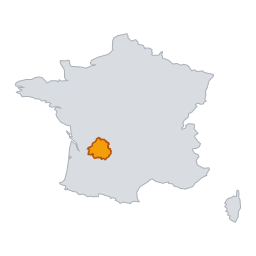 Dordogne on a map of France (Robinson projection)
{"feature_id": "FRA-5286", "entity_name": "Dordogne", "entity_type": "Metropolitan department", "adm_level": 1, "iso_a3": "FRA", "parent_name": "France", "parent_adm1": "", "projection": "robinson", "projection_center": [0.813, 45.142], "detail": "fine", "context": "in_parent", "style": "filled", "palette": "amber", "viewbox_px": 256, "rotation_deg": 0, "n_neighbors": 0, "source": "natural_earth", "source_scale": "10m", "svg_char_len": 6286}
<svg xmlns="http://www.w3.org/2000/svg" viewBox="0 0 256 256"><path d="M206.2,101.1L204.4,102.0L203.3,103.8L202.1,104.2L200.0,104.2L198.9,103.1L196.3,103.8L195.3,105.0L196.9,106.4L191.9,112.1L188.7,113.6L188.1,117.4L184.3,120.2L182.9,123.1L182.8,123.7L183.8,124.7L183.4,126.6L181.5,127.8L181.6,129.1L182.1,129.2L185.1,128.3L186.2,127.1L185.6,125.6L188.5,123.7L194.0,124.1L194.7,126.7L194.0,128.8L198.1,133.4L194.8,135.6L194.6,137.0L198.2,141.7L200.5,143.6L199.4,146.7L195.8,148.7L193.4,148.6L192.4,149.1L192.5,150.0L194.2,152.9L198.3,154.8L199.0,156.9L197.9,157.7L196.1,161.0L197.0,162.6L196.7,163.3L197.1,164.4L198.2,165.5L203.8,168.3L208.8,167.8L209.5,169.4L206.6,173.6L206.8,175.6L205.2,175.6L205.0,176.3L201.9,177.7L197.0,182.0L194.7,183.3L193.8,185.5L192.5,186.7L185.3,189.2L184.0,188.6L180.5,188.7L178.2,187.1L174.0,186.1L172.6,183.9L168.7,183.4L168.4,181.9L162.9,183.3L155.2,181.2L152.4,179.0L150.2,179.6L148.2,181.6L139.9,186.8L136.7,192.3L137.4,198.7L139.3,201.8L134.2,201.3L131.2,202.2L130.4,203.6L123.2,202.0L120.5,203.3L119.8,203.2L118.9,201.9L115.3,200.4L115.9,199.3L115.4,198.4L112.0,197.6L110.9,198.6L109.6,196.7L100.3,193.8L98.8,193.8L98.2,196.7L92.2,196.7L91.3,196.1L87.5,196.7L83.4,194.1L78.8,194.6L76.0,191.8L73.3,191.6L69.5,190.2L67.7,189.5L67.5,188.6L66.4,189.9L64.9,189.6L64.6,189.2L65.6,187.7L65.8,185.9L61.0,184.6L59.7,183.3L59.7,182.6L62.3,182.0L64.7,179.6L67.0,170.6L68.6,160.0L69.8,158.0L71.3,157.5L70.1,156.0L68.7,157.9L69.6,148.2L71.4,141.1L75.4,144.0L76.3,145.3L77.5,149.6L79.7,151.4L78.2,149.6L76.8,143.9L75.9,142.3L69.6,137.5L69.4,136.4L72.2,137.0L71.1,133.4L70.5,126.0L66.7,125.2L60.6,122.0L56.5,116.3L56.0,114.2L57.1,111.9L56.2,110.5L54.4,109.5L55.8,107.5L57.1,107.3L61.5,108.4L57.9,106.6L52.0,107.2L49.7,106.6L49.3,105.2L50.9,103.5L49.0,102.4L45.7,102.7L45.3,102.2L46.3,101.0L45.4,100.5L42.7,101.0L41.2,100.6L39.7,99.2L35.3,98.8L34.4,98.0L28.3,96.4L22.0,96.7L20.3,93.9L16.4,92.5L17.2,91.6L21.1,90.8L21.9,90.0L19.1,88.8L18.1,87.6L23.3,87.4L21.0,86.1L16.0,86.2L15.4,84.5L16.1,82.8L19.0,81.2L26.3,79.5L31.6,79.5L35.4,77.5L39.1,77.0L42.5,77.9L47.2,82.9L51.0,80.7L56.7,80.8L57.8,82.0L59.3,79.7L60.6,81.0L67.5,80.6L65.9,79.7L64.6,77.6L64.4,70.0L61.0,64.4L60.1,62.3L60.4,60.6L64.5,60.9L67.9,60.2L69.5,60.7L69.8,64.3L71.3,66.4L80.7,67.0L86.1,68.1L90.7,66.1L95.0,65.2L95.4,64.7L92.9,64.9L90.6,64.0L90.3,63.1L91.5,60.3L98.1,57.2L107.7,54.5L110.1,52.8L112.9,49.7L112.3,48.9L112.7,40.5L114.1,37.7L117.7,35.7L126.9,33.7L128.1,36.4L128.0,37.9L130.5,40.3L131.8,41.0L135.8,39.7L137.8,41.9L138.4,44.4L143.3,45.4L144.8,48.7L145.6,48.0L148.7,48.1L150.1,48.4L152.1,49.8L151.6,51.8L152.5,52.7L151.7,54.5L152.3,55.3L157.9,55.3L159.6,54.5L160.3,52.7L162.0,51.6L162.6,51.9L161.6,55.3L162.4,56.2L162.9,58.6L165.0,58.8L169.2,60.7L172.8,64.0L177.1,63.5L180.5,65.2L184.0,64.3L187.3,65.3L188.5,66.2L191.7,70.8L194.1,69.9L195.8,70.4L196.4,71.7L202.7,70.9L203.9,72.2L205.2,72.7L213.3,74.4L213.4,76.1L209.0,80.9L207.2,87.8L205.9,90.2L205.4,92.0L205.9,93.2L205.7,95.1L204.9,99.6L205.5,100.9L206.2,101.1ZM239.0,194.4L238.7,197.3L239.9,199.4L240.6,207.7L238.4,211.7L238.2,216.6L235.4,222.3L230.6,219.8L229.2,218.3L230.3,216.1L227.6,214.9L228.2,212.8L227.8,211.7L225.9,211.6L225.8,211.1L227.2,209.4L227.1,208.4L225.2,207.1L224.9,206.0L226.6,204.7L225.7,203.5L224.7,203.2L227.0,199.5L228.5,198.3L232.2,197.3L233.6,195.9L236.0,196.6L236.4,196.3L237.0,190.3L237.8,190.2L238.6,191.0L239.0,194.4ZM70.0,133.9L69.4,135.5L67.0,132.6L66.7,131.0L70.0,133.9Z" fill="#d9dde1" stroke="#a8b0b8" stroke-width="1"/><path d="M88.1,154.1L88.8,153.1L88.8,152.9L88.5,152.6L88.4,152.4L88.4,152.1L88.5,151.9L88.7,151.7L88.8,151.6L88.9,151.4L88.9,151.2L89.3,150.1L89.3,149.8L89.1,149.3L88.8,149.0L87.8,149.0L88.1,148.6L88.3,148.4L88.2,148.1L88.1,147.9L88.3,147.7L89.5,147.1L89.8,147.1L90.1,147.2L90.3,147.2L90.6,147.1L90.8,146.9L91.0,146.6L91.0,146.4L91.6,146.2L91.8,146.1L92.1,145.9L92.2,145.7L92.3,145.5L92.4,145.3L92.3,144.8L92.3,144.5L92.3,144.3L92.5,143.5L92.7,143.3L92.7,143.2L92.9,143.1L94.4,142.1L94.8,142.0L95.0,142.0L95.1,141.9L95.3,141.7L95.8,141.0L96.2,140.5L96.3,140.4L96.3,140.1L96.4,139.9L96.4,139.3L96.4,139.2L96.5,139.0L96.7,138.9L96.9,139.0L97.0,138.9L97.5,138.4L97.8,138.1L98.3,137.6L98.6,137.8L99.0,137.9L99.5,137.9L99.9,138.0L100.1,138.2L100.4,138.5L100.5,138.7L100.4,138.8L100.3,139.3L100.3,139.5L100.6,139.7L101.2,139.8L101.4,139.8L101.6,139.7L101.8,139.5L101.9,139.4L102.0,139.4L102.2,139.5L102.3,139.6L102.5,139.6L103.0,139.5L103.1,139.4L103.6,139.5L104.0,139.5L104.3,139.5L104.6,139.9L105.0,140.5L105.3,140.8L105.6,140.9L106.3,141.0L106.5,141.1L106.5,141.3L106.4,141.4L106.3,141.5L106.1,141.7L106.0,141.8L106.1,142.0L106.5,142.2L106.8,142.3L107.1,142.5L107.6,142.4L108.0,142.7L108.1,142.8L108.3,142.7L108.4,142.8L108.5,142.8L108.6,143.0L108.4,143.3L108.3,143.5L108.2,143.7L108.3,143.8L108.6,143.9L108.9,143.9L109.0,143.9L109.1,144.1L109.1,144.3L108.6,144.6L108.3,144.9L108.1,145.1L107.9,145.3L107.9,145.5L107.8,145.8L107.9,146.0L108.1,146.2L108.3,146.3L108.4,146.6L107.9,147.0L107.8,147.4L108.0,147.5L108.3,147.5L108.5,147.6L108.6,147.8L108.5,148.0L108.4,148.1L108.4,148.3L108.6,148.5L108.9,148.7L109.1,148.8L110.1,148.8L110.3,148.8L110.3,149.1L110.3,149.3L110.2,149.4L110.2,149.6L110.3,149.7L110.4,150.0L110.6,150.2L110.7,150.4L110.8,150.6L111.1,150.8L111.2,151.1L110.8,151.4L110.7,151.7L111.0,152.7L111.0,152.9L111.0,153.1L110.9,153.2L110.8,153.3L110.9,153.5L110.8,153.8L110.7,153.9L110.3,154.2L110.2,154.4L110.0,154.6L109.9,154.9L109.7,155.1L109.3,155.2L109.1,155.3L109.0,155.5L108.9,155.7L108.9,155.8L109.0,155.9L109.1,156.0L109.0,156.4L108.7,156.8L108.4,157.0L108.1,157.1L107.7,157.4L107.6,157.5L107.2,157.6L106.8,157.8L106.1,158.9L105.9,159.1L105.5,159.5L105.2,159.7L104.9,159.2L104.3,158.8L103.6,158.5L103.1,158.5L102.0,159.1L101.5,159.2L101.1,158.7L101.5,158.4L101.5,158.0L101.4,157.7L101.1,157.5L100.8,157.4L99.9,157.7L99.1,157.8L98.7,157.7L98.5,157.3L98.4,157.3L97.7,157.2L97.5,157.3L97.4,157.4L97.1,157.8L96.9,157.9L96.7,157.9L96.4,157.7L96.2,157.7L95.2,158.2L94.8,158.3L94.2,158.1L93.8,157.5L93.5,156.7L93.0,156.0L92.7,155.8L92.6,155.5L92.4,154.8L92.7,154.8L93.0,154.6L93.2,154.4L93.4,154.2L93.2,154.0L92.2,153.7L92.1,154.0L91.8,154.2L91.3,154.7L91.0,154.8L88.8,154.5L88.7,154.4L88.5,154.2L88.4,154.2L88.1,154.1Z" fill="#f59e0b" stroke="#b45309" stroke-width="1.5"/></svg>